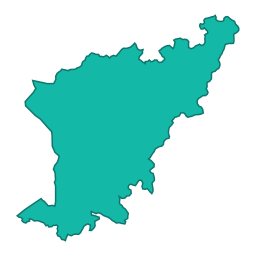 Caraíbas, Bahia, Brazil
{"feature_id": "56859067B21681248066592", "entity_name": "Caraíbas", "entity_type": "district", "adm_level": 2, "iso_a3": "BRA", "parent_name": "Brazil", "parent_adm1": "Bahia", "projection": "albers", "projection_center": [-41.254, -14.633], "detail": "fine", "context": "isolated", "style": "filled", "palette": "teal", "viewbox_px": 256, "rotation_deg": 0, "n_neighbors": 0, "source": "geoboundaries", "source_scale": "gbopen_adm2", "svg_char_len": 4732}
<svg xmlns="http://www.w3.org/2000/svg" viewBox="0 0 256 256"><path d="M227.6,16.6L225.5,16.9L224.0,18.3L223.7,20.5L222.3,21.4L220.6,21.4L218.1,21.2L215.8,19.4L216.1,17.3L215.2,15.4L213.6,16.6L211.4,16.9L209.4,17.7L207.2,18.2L205.1,18.6L203.9,20.3L204.5,22.8L202.9,24.4L200.4,23.7L199.6,25.4L200.1,27.2L201.1,29.0L203.1,29.0L204.4,27.7L205.5,29.3L207.4,31.0L207.8,33.0L206.2,33.9L204.6,34.9L205.3,36.6L204.8,38.9L205.1,42.1L203.8,44.6L201.6,45.5L199.5,44.2L197.8,45.1L195.8,45.8L193.7,47.8L191.1,48.7L188.7,47.6L188.5,44.2L188.7,41.5L186.8,39.6L184.9,39.3L182.6,39.5L180.3,38.2L178.1,38.7L175.4,39.2L173.8,40.2L175.1,42.1L174.6,43.9L174.2,46.5L173.0,48.6L171.3,47.1L169.5,45.5L167.2,45.7L165.0,46.5L162.3,48.1L160.6,49.7L159.1,50.7L159.8,52.4L161.1,54.1L162.3,56.4L164.2,57.5L164.7,59.3L163.2,60.8L161.8,62.1L159.4,62.5L157.9,61.5L156.9,60.0L154.5,60.0L152.8,61.4L151.0,61.7L149.3,60.0L147.6,61.5L145.2,61.6L145.3,63.6L142.4,61.9L141.0,60.5L138.9,59.3L139.3,56.6L140.8,55.1L142.5,53.2L142.4,51.5L143.0,49.6L140.1,50.3L137.7,49.1L136.7,46.9L136.0,44.7L134.7,43.1L133.0,45.0L130.8,47.0L127.7,48.1L125.8,48.4L123.5,48.2L121.8,49.4L120.5,50.9L118.9,53.0L117.1,55.0L115.9,56.2L113.6,55.4L111.1,56.4L109.7,58.0L108.1,56.5L106.3,55.3L103.8,56.9L101.6,56.4L99.7,56.4L98.7,54.5L95.6,54.3L93.3,53.3L91.5,53.0L89.8,54.5L88.5,56.1L86.8,56.2L85.7,58.1L85.1,60.1L82.9,61.6L82.1,63.1L81.7,65.4L79.6,67.1L76.9,68.0L75.2,69.3L72.4,69.4L70.2,69.5L68.0,70.7L66.1,70.1L64.0,69.7L61.7,69.2L60.6,70.9L59.0,71.9L57.1,73.4L55.7,76.3L55.9,79.0L55.2,80.9L53.6,83.6L47.2,83.6L32.7,80.5L33.6,83.7L34.3,85.8L35.9,88.3L33.3,92.5L25.2,101.6L25.6,105.8L35.4,115.6L40.3,119.0L47.5,127.2L51.6,131.6L52.1,135.3L52.3,146.1L55.0,152.4L59.1,156.0L58.5,158.9L57.5,161.9L56.3,163.6L54.8,165.3L54.1,167.5L53.4,169.3L54.5,171.2L55.2,173.4L55.2,175.5L55.4,177.4L55.5,180.2L54.4,182.3L55.5,185.4L55.6,187.2L55.6,191.3L55.6,201.9L54.8,206.1L52.3,205.4L50.2,205.7L48.0,205.8L46.7,204.1L45.4,202.7L44.4,201.4L42.8,200.6L41.1,198.6L25.2,209.4L17.2,215.8L18.9,217.1L21.1,217.6L22.5,218.8L21.9,220.7L23.8,222.4L25.9,223.0L27.2,221.7L29.6,221.1L29.4,218.8L31.8,219.3L34.4,221.0L37.3,220.6L39.1,221.0L41.4,222.0L43.8,222.8L44.9,224.1L45.9,225.7L47.9,225.2L48.9,227.0L51.9,226.6L53.0,225.4L54.7,225.4L56.7,225.0L57.9,226.4L57.2,228.8L57.9,231.1L56.8,233.4L57.8,235.8L60.0,236.6L61.7,239.4L63.8,239.8L65.4,240.6L66.0,238.4L67.0,236.2L67.7,234.3L69.3,235.1L71.3,235.7L73.9,234.3L76.1,234.1L78.6,234.3L80.5,232.7L81.7,230.4L82.8,228.6L83.8,226.4L85.8,224.8L87.8,223.9L90.4,225.2L90.1,228.3L89.5,230.4L91.5,230.5L93.0,229.0L94.3,227.5L95.1,225.8L94.8,223.3L94.9,221.3L97.1,220.2L99.3,218.9L99.2,217.3L97.2,216.6L95.6,216.0L93.3,215.3L91.7,215.2L91.2,213.5L91.3,211.5L93.7,212.6L96.0,213.6L98.6,212.7L101.2,213.8L103.5,215.5L105.8,216.4L108.0,217.2L110.5,218.8L112.4,220.6L114.2,221.5L116.3,223.0L119.2,222.7L121.6,223.4L124.9,223.9L125.7,221.8L124.5,220.5L126.2,219.3L127.7,218.4L127.8,216.1L128.3,213.3L126.7,211.1L125.2,208.9L123.2,207.6L121.9,205.4L119.8,204.0L119.4,202.3L119.7,200.3L119.8,198.4L119.2,196.6L121.8,198.3L123.8,198.3L125.4,197.7L126.7,196.0L129.4,195.7L131.2,193.4L130.9,190.1L128.7,188.9L128.1,187.1L128.9,185.2L130.6,184.1L133.2,185.1L135.4,185.6L136.4,184.2L137.7,182.1L139.3,180.2L141.4,180.4L142.7,182.7L142.6,184.4L142.0,186.3L142.7,188.9L145.0,189.3L147.2,188.6L148.6,190.0L150.1,192.0L151.8,193.6L152.6,192.1L153.1,190.2L152.7,187.7L152.4,185.4L152.0,183.2L153.2,181.7L154.4,180.3L154.3,178.0L153.6,175.1L153.1,173.5L151.1,172.8L149.7,170.7L151.2,169.1L154.0,166.9L154.2,164.1L152.9,162.6L151.7,161.2L150.4,160.1L148.5,159.1L150.1,157.7L151.2,155.8L152.5,153.6L154.1,151.7L155.3,148.9L157.8,147.4L159.6,146.5L161.7,146.2L163.4,144.5L163.7,141.8L165.4,139.6L167.0,138.6L168.9,138.3L169.5,136.6L168.7,134.6L168.4,132.6L168.6,130.7L168.8,128.5L169.8,126.8L171.5,125.1L173.2,122.7L171.9,120.6L173.3,119.3L174.9,117.2L177.1,116.7L179.4,115.8L180.7,113.0L183.7,112.8L185.0,114.0L186.2,116.1L187.8,117.2L189.7,116.7L191.3,116.4L192.9,115.8L195.3,114.7L198.3,114.6L201.0,114.1L203.3,113.0L202.7,109.5L201.2,107.0L199.0,106.3L197.3,103.5L197.1,100.8L198.4,98.6L200.0,97.6L201.4,96.6L203.0,95.6L205.5,95.6L207.2,94.3L208.0,92.6L207.4,90.8L206.2,88.8L207.1,86.7L207.0,84.6L206.9,82.6L209.6,81.3L211.4,78.9L211.5,75.7L211.5,72.9L212.9,71.9L215.2,71.2L217.0,69.3L218.7,68.5L219.6,66.5L220.0,64.7L219.6,62.5L218.2,59.8L219.5,57.9L220.5,55.6L222.0,53.5L222.9,51.0L223.9,49.4L224.7,46.5L225.3,44.4L227.4,43.8L229.8,43.4L231.7,43.5L233.4,43.3L233.9,41.5L234.0,39.2L233.8,36.6L233.7,34.1L235.6,33.2L237.0,32.3L238.7,30.5L238.8,28.3L238.0,26.6L236.7,25.2L235.4,23.9L234.6,21.4L232.4,20.3L230.8,19.3L229.2,17.9L227.6,16.6Z" fill="#14b8a6" stroke="#0f766e" stroke-width="1.5"/></svg>